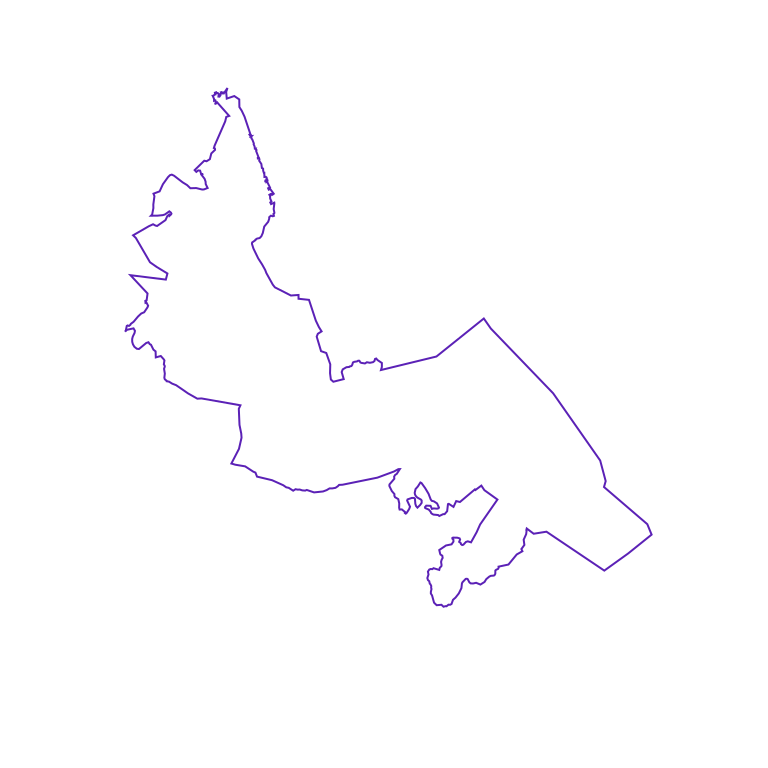 the district of Simojovel, Chiapas, Mexico, rotated 35°
{"feature_id": "50627088B247169502667", "entity_name": "Simojovel", "entity_type": "district", "adm_level": 2, "iso_a3": "MEX", "parent_name": "Mexico", "parent_adm1": "Chiapas", "projection": "robinson", "projection_center": [-92.64, 17.147], "detail": "fine", "context": "isolated", "style": "outline", "palette": "violet", "viewbox_px": 768, "rotation_deg": 35, "n_neighbors": 0, "source": "geoboundaries", "source_scale": "gbopen_adm2", "svg_char_len": 6119}
<svg xmlns="http://www.w3.org/2000/svg" viewBox="0 0 768 768"><g transform="rotate(35 384 384)"><path d="M96.2,234.0L91.5,240.4L87.2,235.3L86.0,231.3L86.1,237.6L85.4,237.3L84.8,238.8L83.6,238.0L83.1,238.6L83.9,239.1L83.6,240.5L84.0,242.3L84.4,242.1L84.4,243.0L83.5,243.5L82.3,241.2L80.8,241.0L79.9,242.2L79.1,241.4L78.4,242.4L79.7,243.6L79.2,244.1L79.0,245.7L78.4,246.2L81.2,247.9L82.4,249.5L83.2,248.4L84.5,249.4L85.0,251.1L85.4,251.0L85.8,249.0L103.4,253.2L101.6,255.7L103.3,260.0L108.5,285.8L109.3,288.3L110.4,288.1L111.3,289.1L110.3,294.2L112.4,299.7L110.9,303.3L108.7,304.2L106.2,317.4L108.6,317.9L109.3,315.6L111.0,314.7L113.9,317.0L115.4,315.6L114.5,317.3L119.3,318.8L121.8,320.6L123.3,322.5L127.1,324.6L124.9,327.9L123.5,329.0L117.8,331.2L113.1,334.7L108.6,334.0L103.4,334.3L92.6,333.8L90.1,334.2L88.9,335.7L88.4,338.4L88.3,347.1L89.7,354.9L86.0,360.3L88.2,361.8L92.1,369.3L94.2,372.2L96.9,378.2L96.6,379.8L101.8,376.1L105.9,372.6L107.3,370.8L109.1,365.7L111.1,365.8L112.2,366.4L112.3,367.2L111.8,369.4L110.8,368.6L110.2,370.8L111.0,375.1L107.5,384.7L105.9,385.3L103.2,385.6L100.8,389.8L93.2,406.1L97.0,406.7L122.5,418.5L130.6,418.5L143.2,417.7L145.4,423.6L113.9,440.3L138.4,445.5L141.5,451.5L140.8,452.8L142.1,454.3L142.6,453.5L145.9,455.2L146.3,457.0L146.4,462.8L144.7,465.5L143.8,469.8L143.2,476.7L142.1,480.0L142.3,481.0L141.8,482.7L140.4,483.1L140.0,484.0L141.7,488.0L141.9,489.6L142.3,487.1L146.9,482.1L149.5,483.3L150.4,485.3L151.0,489.2L151.9,491.6L153.6,493.9L155.6,495.5L158.2,496.7L161.3,496.9L163.2,495.9L165.7,486.8L167.1,484.9L169.2,485.7L170.6,485.5L175.4,488.1L178.2,488.3L181.8,493.1L185.1,489.1L189.4,490.1L190.6,490.6L192.4,494.2L193.8,494.8L194.5,495.6L195.1,497.7L198.5,501.2L200.5,504.9L201.8,505.9L204.1,506.0L204.4,506.4L206.5,505.4L210.3,505.2L214.4,504.2L228.9,504.1L239.5,503.1L242.8,500.5L278.6,483.8L279.3,487.6L289.1,500.4L295.5,506.5L298.1,509.7L302.4,520.3L304.6,536.7L308.5,535.4L317.5,531.1L327.2,530.8L329.5,530.3L333.1,532.7L347.5,527.0L359.6,524.7L363.2,524.7L365.5,523.7L370.8,523.5L371.9,520.9L373.8,520.1L375.5,518.8L378.1,518.0L380.6,516.5L381.5,515.1L388.9,512.9L395.7,507.0L397.9,503.8L399.3,500.7L401.5,499.2L403.8,496.9L404.8,494.3L405.1,492.4L407.8,490.3L432.3,464.5L442.4,449.9L444.6,445.5L445.8,444.6L446.0,450.3L445.3,452.0L445.4,454.0L446.8,455.7L446.1,463.0L446.4,463.8L447.1,464.6L451.8,467.2L455.7,468.2L456.6,469.6L458.0,470.4L461.7,470.1L465.0,473.1L467.4,476.7L468.8,477.9L470.5,476.5L474.6,476.8L475.0,477.7L476.2,477.7L476.5,476.6L476.3,472.0L475.7,469.6L469.8,466.2L469.5,465.0L472.2,461.3L474.0,460.1L475.2,460.3L478.4,464.2L480.3,465.6L482.3,466.1L483.0,462.4L483.0,459.7L481.6,457.8L480.5,457.5L476.3,457.9L474.3,457.5L472.9,456.8L471.6,455.6L470.1,452.0L470.5,448.6L470.3,443.8L471.5,443.6L477.5,445.7L483.5,448.4L488.5,451.8L490.1,452.3L492.2,451.5L496.0,451.4L499.9,453.7L500.0,454.5L499.0,455.7L496.1,457.4L494.9,458.8L492.0,457.1L488.4,459.4L488.2,461.4L489.0,462.0L492.7,461.2L495.5,461.9L496.4,462.6L498.0,462.8L499.4,462.6L503.5,460.3L505.0,460.4L507.1,456.7L508.3,455.8L508.7,452.0L505.3,445.7L505.8,445.0L511.4,444.8L510.3,438.5L513.9,437.1L518.9,418.2L519.7,418.4L522.0,411.4L527.1,413.4L543.2,413.6L543.3,443.9L544.9,452.3L546.1,463.8L542.9,464.8L541.7,466.4L541.2,470.1L540.4,471.1L538.9,471.0L538.1,470.3L536.1,470.2L535.6,467.8L534.5,467.1L532.3,467.8L528.7,470.2L528.3,470.8L528.7,471.5L530.1,471.7L531.3,473.3L531.3,476.6L527.4,480.7L524.5,488.3L527.3,490.8L528.1,491.3L530.2,491.2L531.8,492.8L532.0,494.8L532.8,497.0L535.0,499.3L535.5,500.4L535.1,502.5L535.9,504.6L530.2,506.5L529.8,507.9L528.2,508.9L527.5,510.1L527.6,512.5L529.7,514.5L530.8,518.1L532.5,519.4L534.2,519.6L536.0,521.3L536.9,521.4L538.6,522.4L539.5,523.9L540.5,524.7L541.6,527.4L542.6,528.8L544.6,529.6L550.4,534.4L554.0,535.0L557.7,531.9L560.5,532.3L561.8,530.7L562.7,530.2L563.4,527.8L564.8,526.9L565.5,525.5L564.3,521.2L565.1,518.0L565.4,512.6L564.5,506.8L562.2,502.6L562.0,501.4L562.7,496.8L563.6,496.0L564.4,495.8L567.7,497.5L569.4,497.6L571.4,496.3L573.5,494.0L578.0,493.0L579.9,488.5L579.7,485.2L580.7,481.4L581.5,479.9L583.9,477.9L584.2,476.8L584.0,475.6L582.2,472.9L582.4,471.9L583.5,470.0L583.2,468.5L582.6,467.9L589.5,460.5L590.5,447.5L593.3,441.6L591.2,440.4L591.3,435.3L587.7,431.4L586.6,425.5L585.0,422.5L584.4,422.1L583.8,420.5L592.5,420.8L601.8,411.8L671.5,410.5L681.2,382.8L689.6,353.9L680.1,347.8L623.3,342.2L621.3,336.4L605.0,322.7L527.9,294.6L439.7,277.3L428.2,273.1L411.2,331.4L373.5,374.3L372.5,371.3L370.2,368.0L364.9,368.1L363.0,367.6L362.3,368.6L363.0,370.6L362.5,372.4L360.3,374.7L357.5,376.0L356.6,378.1L353.3,379.7L352.3,379.9L350.5,379.1L349.5,379.7L348.9,381.0L346.9,382.9L346.2,384.2L347.0,386.5L347.0,388.0L345.8,389.4L345.7,390.0L343.6,391.8L341.8,395.7L342.5,398.5L348.2,403.1L341.2,411.2L337.9,410.8L333.6,406.1L328.7,398.7L318.9,391.7L313.6,393.2L301.7,383.8L301.0,380.8L302.7,376.7L298.0,374.7L291.8,371.2L274.3,358.1L265.1,363.2L262.9,360.1L257.0,364.9L239.2,367.4L235.9,366.4L224.0,360.6L221.2,358.7L215.4,355.9L209.0,353.3L199.3,347.9L195.4,344.9L194.8,343.7L196.2,339.9L195.9,339.5L196.6,337.7L198.4,335.8L198.8,333.4L198.1,329.8L195.6,323.7L196.1,317.6L195.2,314.5L194.3,313.2L194.8,311.0L196.7,310.4L197.4,309.4L195.9,308.2L196.2,307.2L195.9,306.5L193.3,304.0L190.5,298.8L190.1,298.4L188.3,301.4L186.7,300.5L187.1,299.0L184.4,297.4L182.6,295.1L181.6,294.8L182.2,293.3L182.8,293.0L183.8,293.4L184.3,292.3L183.5,292.1L184.2,291.3L178.9,289.5L178.1,290.9L176.8,290.1L177.8,288.4L172.0,285.2L171.7,286.1L171.1,285.6L170.5,286.0L170.1,285.3L170.6,284.4L171.1,284.8L171.8,284.1L170.9,283.3L170.2,283.5L169.4,282.2L168.3,282.1L167.3,283.0L165.0,279.9L164.8,280.2L162.7,278.6L161.4,276.9L160.1,277.1L157.3,274.1L153.7,272.7L153.2,271.5L152.2,270.7L151.3,271.6L150.8,271.0L151.1,270.2L145.5,266.4L145.4,265.5L144.0,265.1L143.9,264.7L143.2,265.3L141.7,263.6L139.7,262.4L139.4,261.6L135.8,259.2L134.6,258.9L133.6,257.6L133.3,257.8L133.4,257.0L133.0,257.4L132.7,256.5L131.7,256.2L131.7,257.3L130.8,256.9L131.4,256.1L116.4,245.0L110.8,241.8L106.7,240.1L102.2,233.9L96.2,234.0Z" fill="none" stroke="#5b21b6" stroke-width="2"/></g></svg>